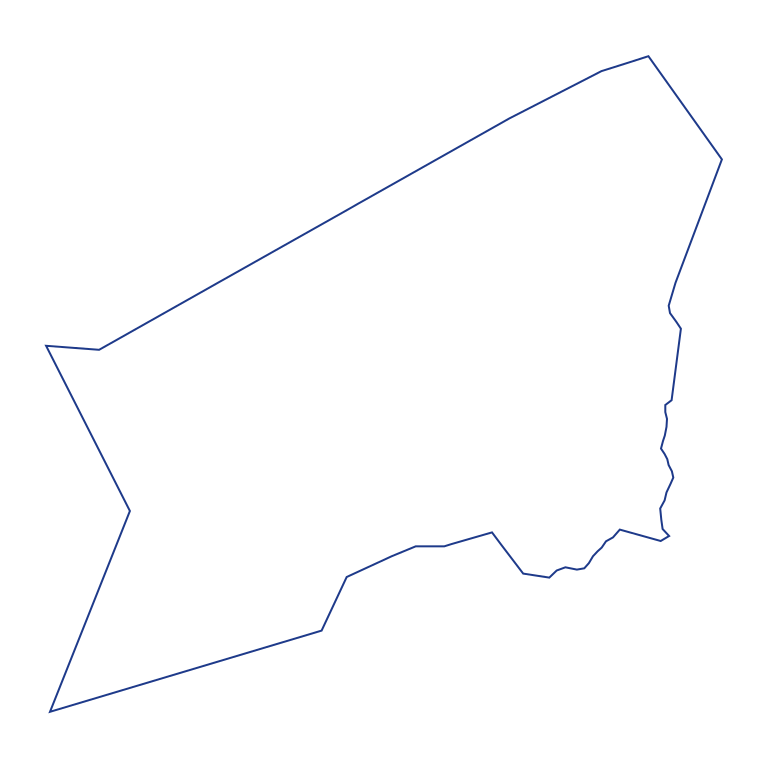 Santo Inácio do Piauí, Piauí, Brazil
{"feature_id": "56859067B9028675436442", "entity_name": "Santo Inácio do Piauí", "entity_type": "district", "adm_level": 2, "iso_a3": "BRA", "parent_name": "Brazil", "parent_adm1": "Piauí", "projection": "robinson", "projection_center": [-41.926, -7.457], "detail": "fine", "context": "isolated", "style": "outline", "palette": "blue", "viewbox_px": 768, "rotation_deg": 0, "n_neighbors": 0, "source": "geoboundaries", "source_scale": "gbopen_adm2", "svg_char_len": 841}
<svg xmlns="http://www.w3.org/2000/svg" viewBox="0 0 768 768"><path d="M669.1,536.0L662.6,529.0L661.3,519.7L660.2,508.5L664.6,500.4L666.5,492.4L670.6,483.7L673.3,477.6L671.9,471.3L668.6,465.0L667.3,459.2L664.6,454.0L661.0,448.6L663.0,441.0L664.8,435.6L666.5,426.9L667.0,418.9L665.3,412.1L665.3,405.0L671.6,400.2L680.9,328.7L676.3,321.8L670.0,313.1L668.7,305.7L675.5,282.8L721.9,159.4L648.4,56.2L626.3,63.3L601.5,71.1L509.4,118.4L358.1,203.7L347.8,209.6L218.4,282.5L99.1,349.8L46.1,345.8L129.9,511.0L50.0,711.8L321.6,630.6L346.7,577.0L391.8,556.2L415.8,546.3L444.4,546.3L451.4,544.1L492.0,532.4L501.5,545.1L523.2,573.6L549.3,577.6L556.7,570.5L565.4,567.3L576.9,569.6L584.3,568.3L588.9,563.1L593.0,556.2L597.6,551.3L601.7,547.6L606.0,541.3L613.0,537.4L619.8,529.6L660.7,541.0L669.1,536.0Z" fill="none" stroke="#1e3a8a" stroke-width="2"/></svg>